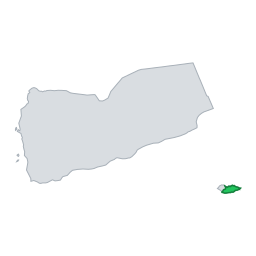 location of Hadibu, Hadramawt, Yemen
{"feature_id": "15242507B399982580631", "entity_name": "Hadibu", "entity_type": "district", "adm_level": 2, "iso_a3": "YEM", "parent_name": "Yemen", "parent_adm1": "Hadramawt", "projection": "albers", "projection_center": [54.052, 12.499], "detail": "fine", "context": "in_parent", "style": "filled", "palette": "green", "viewbox_px": 256, "rotation_deg": 0, "n_neighbors": 0, "source": "geoboundaries", "source_scale": "gbopen_adm2", "svg_char_len": 4963}
<svg xmlns="http://www.w3.org/2000/svg" viewBox="0 0 256 256"><path d="M213.3,108.5L203.9,111.9L201.4,113.4L199.1,115.3L197.4,117.6L196.2,121.8L197.1,125.6L197.0,127.7L194.5,129.0L192.2,130.0L189.7,131.4L188.2,131.8L186.9,132.9L185.4,133.8L180.1,135.9L174.3,137.5L165.1,139.3L161.5,141.4L158.3,142.9L153.4,143.2L146.6,145.2L142.8,146.8L138.1,149.4L137.1,150.2L136.2,152.1L134.8,153.8L131.9,156.6L129.8,157.9L128.4,158.0L125.6,158.7L122.4,158.8L117.0,157.7L115.5,158.4L114.4,159.4L110.1,161.2L105.8,165.0L102.6,165.9L97.6,167.0L94.0,168.5L91.6,169.0L88.5,169.3L82.9,169.0L77.5,169.4L72.5,170.3L70.1,172.3L67.3,175.4L62.9,176.6L61.9,177.7L60.4,180.1L57.6,180.6L55.0,180.9L52.5,179.8L47.4,182.5L45.6,182.9L42.7,182.9L40.7,183.4L39.3,183.2L37.5,182.0L33.8,180.5L30.9,181.3L30.8,178.5L26.5,170.0L27.8,162.8L27.8,161.8L27.1,158.5L24.4,155.5L24.7,151.7L23.9,149.0L23.3,146.2L23.5,145.5L23.6,144.8L22.4,140.5L22.0,139.7L21.8,138.8L22.3,138.1L22.3,137.3L21.6,136.0L21.0,133.5L17.3,131.4L18.2,129.6L18.9,130.3L19.8,130.8L20.1,129.7L20.1,128.8L18.8,123.2L21.4,116.0L20.9,109.4L24.5,106.9L25.4,106.1L26.0,105.4L26.9,104.0L28.0,103.5L28.5,102.0L28.5,101.2L27.8,100.5L27.3,98.6L27.6,96.3L27.8,95.3L28.3,93.5L29.5,92.9L29.8,92.4L28.9,91.2L29.0,90.6L31.2,88.8L32.0,88.2L33.4,87.7L34.4,87.7L35.6,88.1L36.7,88.7L37.7,89.7L38.8,90.8L40.4,91.3L41.6,91.2L42.5,91.8L43.3,91.5L44.3,91.0L45.7,91.1L47.0,90.5L50.7,90.3L54.3,90.7L58.1,90.3L61.8,90.4L65.5,90.6L66.4,90.7L67.2,91.1L70.3,92.8L72.7,93.3L77.5,93.9L82.6,94.5L87.1,95.1L90.9,94.8L94.0,94.6L94.9,94.6L95.8,95.7L97.6,98.3L99.3,100.8L102.5,101.0L104.5,100.2L106.7,98.9L108.1,98.0L109.8,94.0L110.8,91.5L113.2,88.7L115.2,86.3L117.8,83.2L119.3,81.5L122.2,78.0L124.9,76.7L130.1,74.2L135.2,71.8L138.5,70.2L141.3,69.4L146.0,68.9L151.5,68.2L157.0,67.5L162.9,66.8L169.4,65.9L173.9,65.4L179.7,64.6L184.4,64.0L188.6,63.4L193.0,62.9L193.8,64.8L194.6,66.7L195.4,68.7L196.2,70.6L197.0,72.6L197.8,74.5L198.6,76.4L199.4,78.4L200.3,80.3L201.1,82.3L201.9,84.2L202.7,86.1L203.5,88.1L204.3,90.0L205.1,92.0L205.9,93.9L206.7,95.8L208.1,96.4L208.9,98.2L210.0,100.8L211.1,103.3L212.2,105.9L213.3,108.5ZM225.9,186.5L227.1,186.7L228.9,186.0L234.0,185.9L240.1,188.1L239.0,188.7L238.3,189.5L235.6,190.2L232.9,191.9L225.1,192.7L222.8,192.2L220.9,190.6L217.4,188.5L218.8,187.1L219.1,186.5L219.6,185.9L221.6,184.9L223.6,185.1L225.9,186.5ZM18.7,156.0L18.5,156.4L18.1,156.3L17.0,155.2L18.3,154.1L19.0,155.2L18.7,156.0ZM16.1,130.0L15.5,130.4L15.4,129.6L15.8,127.9L16.5,127.5L16.8,128.7L16.5,129.4L16.1,130.0ZM17.9,161.2L16.6,161.7L17.5,160.2L18.4,159.9L18.7,160.0L17.9,161.2Z" fill="#d9dde1" stroke="#a8b0b8" stroke-width="1"/><path d="M221.8,192.0L221.9,192.3L222.0,192.4L222.4,192.4L222.5,192.4L222.6,192.5L222.9,192.6L223.0,192.6L223.3,192.8L223.6,192.8L223.9,192.9L224.1,193.0L224.4,193.1L224.5,193.1L224.8,193.1L225.0,193.1L225.3,193.1L225.6,193.1L225.9,193.1L226.0,193.1L226.3,193.1L226.5,193.0L226.9,193.0L227.0,192.9L227.3,192.9L227.5,192.9L227.8,192.8L228.0,192.8L228.3,192.7L228.5,192.7L228.9,192.6L229.0,192.6L229.3,192.5L229.6,192.6L229.8,192.6L230.1,192.6L230.3,192.6L230.5,192.6L230.8,192.5L230.9,192.3L231.0,192.2L231.3,192.1L231.5,192.1L231.9,192.0L232.0,192.0L232.3,192.1L232.6,192.2L232.9,192.2L233.1,192.2L233.3,192.1L233.6,191.9L233.8,191.8L233.9,191.7L234.0,191.6L234.1,191.4L234.3,191.3L234.5,191.3L234.6,191.2L234.8,191.0L234.9,190.9L235.0,190.8L235.1,190.7L235.3,190.5L235.3,190.4L235.6,190.3L235.8,190.3L236.1,190.3L236.3,190.3L236.6,190.2L236.8,190.2L237.0,190.2L237.3,190.1L237.5,190.1L237.8,190.0L237.9,189.9L238.1,189.8L238.3,189.7L238.5,189.6L238.8,189.4L239.0,189.4L238.9,189.3L238.9,189.1L239.0,189.0L239.0,188.9L239.3,188.7L239.6,188.6L239.8,188.5L239.9,188.4L240.0,188.4L240.3,188.4L240.5,188.4L240.6,188.2L240.4,188.2L240.2,188.1L239.8,188.2L239.7,188.2L239.4,188.1L239.2,188.0L239.1,187.9L238.9,187.8L238.7,187.7L238.4,187.5L238.3,187.4L238.1,187.4L237.9,187.2L237.7,187.1L237.3,187.0L237.1,187.0L236.9,187.0L236.7,187.0L236.4,186.9L236.2,186.9L235.9,186.7L235.7,186.6L235.4,186.4L235.2,186.3L235.1,186.2L234.9,186.2L234.7,186.1L234.4,186.0L234.4,185.9L234.3,185.7L234.2,185.6L234.0,185.8L233.9,185.8L233.7,185.9L233.4,185.8L233.2,185.7L232.9,185.5L232.8,185.4L232.7,185.3L232.5,185.2L232.4,185.2L232.1,185.3L232.0,185.5L231.9,185.7L231.7,185.8L231.4,185.8L231.2,186.0L230.8,186.1L230.7,186.2L230.4,186.2L230.3,186.3L230.1,186.2L229.9,186.3L230.0,186.5L229.9,186.5L229.7,186.5L229.4,186.4L229.2,186.3L228.9,186.3L228.8,186.2L228.7,186.2L228.6,186.3L228.4,186.5L228.2,186.6L228.0,186.8L227.9,187.0L227.7,187.1L227.4,187.3L227.2,187.2L226.9,187.2L226.7,187.2L226.4,186.9L226.2,186.8L226.0,186.7L225.9,186.7L225.7,186.6L225.4,186.4L225.2,186.2L224.9,186.0L225.0,186.4L225.3,186.8L225.6,187.1L225.6,187.8L225.5,188.9L225.1,189.2L224.3,189.4L224.2,189.4L223.8,189.7L223.6,189.8L223.3,190.1L223.2,190.2L223.0,190.6L223.0,190.9L222.9,191.1L222.7,191.3L222.4,191.6L221.8,192.0Z" fill="#22c55e" stroke="#15803d" stroke-width="1.5"/></svg>